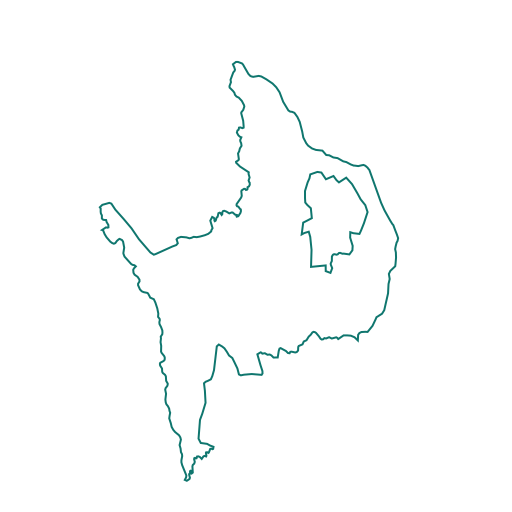 Kipushi, Katanga, Democratic Republic of the Congo (Equal Earth projection), rotated 161°
{"feature_id": "63176286B75279003671986", "entity_name": "Kipushi", "entity_type": "district", "adm_level": 2, "iso_a3": "COD", "parent_name": "Democratic Republic of the Congo", "parent_adm1": "Katanga", "projection": "equal_earth", "projection_center": [27.98, -11.623], "detail": "fine", "context": "isolated", "style": "outline", "palette": "teal", "viewbox_px": 512, "rotation_deg": 161, "n_neighbors": 0, "source": "geoboundaries", "source_scale": "gbopen_adm2", "svg_char_len": 6112}
<svg xmlns="http://www.w3.org/2000/svg" viewBox="0 0 512 512"><g transform="rotate(161 256 256)"><path d="M116.1,240.5L116.7,241.9L117.6,245.9L119.5,256.5L119.7,257.9L120.4,265.7L120.8,300.5L121.5,302.2L121.7,303.1L123.2,305.7L124.7,307.1L126.8,307.4L130.0,307.7L133.4,309.4L134.2,309.7L136.6,311.7L140.0,315.4L142.7,317.1L147.0,322.0L150.8,324.0L154.0,327.4L156.7,328.6L158.9,334.0L164.8,336.8L168.0,339.4L170.8,343.4L171.8,346.3L172.7,352.6L171.8,358.6L171.0,368.6L171.6,374.0L172.7,377.7L173.1,378.9L175.0,380.6L176.7,381.4L178.0,383.1L180.1,392.9L180.4,403.1L181.9,408.9L184.2,413.7L188.7,419.7L192.5,424.0L194.8,425.4L200.3,426.3L201.6,427.1L202.7,428.0L203.9,430.6L205.4,438.3L205.9,441.1L206.5,442.6L209.9,445.4L211.8,446.0L215.4,444.8L215.3,442.9L215.1,441.8L215.2,439.0L216.1,437.9L217.7,437.0L222.7,430.9L223.1,428.5L225.8,425.2L226.1,423.8L224.0,419.5L223.3,417.4L223.4,415.3L222.5,413.1L220.7,411.3L218.9,407.2L218.2,402.5L218.4,401.1L220.5,398.3L223.1,396.6L223.5,395.8L224.1,388.0L225.4,382.9L225.9,381.4L227.2,381.3L229.0,382.7L230.3,382.9L231.3,381.1L232.7,380.7L233.9,378.9L233.4,375.9L232.4,374.0L231.2,373.0L233.2,370.8L233.5,369.3L233.3,367.5L233.8,364.9L236.2,363.0L237.8,360.5L239.6,358.8L240.7,353.1L241.4,352.3L244.2,351.6L244.4,350.6L242.0,345.8L235.6,337.5L236.3,336.1L236.5,332.3L238.4,329.8L238.4,328.3L238.1,327.4L238.7,325.4L240.0,324.1L241.6,323.8L242.2,322.1L242.9,321.6L244.0,321.7L244.5,323.0L245.4,323.4L248.2,322.7L248.8,322.0L249.9,317.5L251.0,316.1L257.4,311.4L257.9,310.3L257.7,309.2L256.6,308.4L255.8,305.8L255.2,305.0L255.6,303.4L256.7,301.8L259.8,299.4L261.4,299.5L261.4,300.5L260.9,301.1L262.2,301.8L263.9,304.7L264.8,305.1L267.4,305.0L269.5,307.6L271.3,309.1L272.5,309.2L273.7,308.2L274.2,306.6L275.1,306.0L275.7,308.3L276.2,308.8L277.6,308.7L279.5,305.6L280.7,305.2L282.6,302.6L283.6,302.3L283.8,303.0L283.3,304.4L283.4,305.8L284.7,307.2L287.7,304.3L288.0,296.5L289.9,294.8L290.4,293.8L293.9,292.5L297.5,292.3L302.5,292.6L305.9,293.1L308.7,294.4L311.1,294.2L313.1,294.4L315.8,296.3L320.7,298.5L323.9,298.5L325.7,297.6L325.8,293.5L327.8,292.3L332.0,292.2L350.2,290.5L352.2,290.5L354.7,293.7L361.2,309.9L364.7,322.7L369.1,334.1L373.9,345.6L375.7,352.6L377.4,354.0L381.3,354.2L384.6,354.4L387.8,352.9L387.4,351.5L388.5,348.3L388.8,346.7L388.5,344.6L389.5,341.7L389.0,340.4L388.0,339.6L386.0,338.8L386.2,336.8L385.5,333.4L386.2,331.1L387.1,331.1L388.6,331.9L393.1,330.7L392.2,330.0L392.0,325.9L391.2,322.3L389.1,317.0L387.8,315.1L386.4,313.9L384.8,314.0L382.7,315.5L380.3,316.5L379.4,316.6L377.5,314.7L377.0,312.9L377.9,306.8L380.5,301.9L380.6,300.9L380.5,298.2L376.7,289.2L375.7,287.9L373.9,286.8L373.0,285.3L375.5,284.0L376.6,282.9L377.3,280.0L376.9,277.9L374.7,274.8L373.9,271.6L374.4,269.9L376.5,268.2L377.0,266.8L376.6,262.2L375.6,260.0L375.3,259.6L374.0,258.4L370.8,256.5L370.3,255.8L369.8,252.9L369.6,251.1L366.7,248.4L366.3,244.7L366.4,238.5L366.6,237.1L367.1,233.4L368.4,230.3L367.6,228.0L367.8,226.7L368.9,225.0L369.4,223.1L368.9,219.7L368.8,216.1L369.4,214.0L370.1,212.5L372.3,210.8L372.7,209.0L374.3,205.6L374.9,201.9L376.9,196.5L376.8,195.2L375.4,191.3L375.3,189.9L375.8,188.4L376.3,187.5L377.6,186.8L381.3,186.2L382.0,185.3L382.3,183.6L381.5,180.2L382.4,177.0L382.2,175.7L380.7,173.3L380.4,171.6L381.6,167.2L381.0,164.1L381.4,163.1L382.2,162.0L384.5,160.5L385.4,159.1L385.9,155.0L388.4,149.8L389.0,147.0L389.0,144.9L388.2,142.8L387.8,140.0L388.2,137.8L388.2,135.7L389.7,133.1L390.9,130.7L391.0,125.6L391.4,121.8L390.8,118.5L389.8,115.9L387.1,111.5L386.6,109.1L386.8,106.8L389.8,102.1L390.0,98.5L390.8,95.0L390.5,92.7L390.6,92.3L390.9,90.9L393.0,87.2L393.7,85.2L393.9,82.3L393.3,71.2L394.1,69.5L396.2,67.5L394.6,66.0L394.1,66.1L391.5,66.8L390.7,67.8L390.4,71.1L390.0,71.7L388.9,71.6L388.8,73.2L388.3,74.1L387.7,74.3L387.0,73.9L386.8,73.3L387.1,71.5L386.3,71.8L384.6,77.8L383.8,79.0L382.0,79.8L380.9,81.3L380.7,83.9L380.2,84.9L379.4,85.0L378.8,84.2L378.1,84.1L377.0,85.6L375.7,85.3L374.5,84.2L373.4,81.8L371.0,83.6L369.9,83.8L368.4,82.7L367.9,83.3L367.5,86.1L367.1,86.6L365.9,86.3L365.3,85.3L364.6,85.5L362.1,88.5L361.0,88.4L360.1,87.5L359.3,87.6L358.3,89.4L361.2,91.8L363.4,94.3L369.1,97.2L369.8,102.0L362.3,119.3L358.2,124.3L351.5,133.6L348.2,145.2L346.6,152.6L344.5,153.5L342.3,153.6L338.8,154.1L336.4,156.7L332.9,161.7L322.5,183.3L320.0,184.4L317.5,181.5L315.9,179.0L314.7,174.7L313.9,170.7L311.6,167.3L311.0,162.6L310.2,155.7L310.7,149.6L309.2,148.1L306.1,147.7L298.5,145.8L289.4,141.8L288.1,142.8L287.4,145.1L287.3,151.4L286.7,162.6L283.0,163.4L282.4,162.9L281.8,161.6L279.3,161.2L277.3,158.9L275.1,158.4L273.8,157.0L272.5,154.3L268.5,153.0L265.3,159.0L263.9,160.8L262.7,160.9L258.6,156.4L257.4,153.9L255.9,153.1L254.8,154.2L253.6,154.0L250.3,152.0L248.8,151.9L247.0,152.9L245.7,156.2L244.9,157.0L240.8,157.3L238.7,159.6L235.7,159.9L232.4,162.6L229.9,163.7L227.7,165.3L226.4,165.6L225.2,164.9L224.3,163.8L222.7,159.7L221.9,156.7L221.0,155.6L219.5,155.4L218.1,156.1L216.6,155.2L213.3,155.4L211.2,153.3L206.6,153.0L205.8,152.1L205.3,150.7L199.1,152.4L195.3,151.1L192.3,149.8L189.3,147.1L187.2,143.0L185.1,148.2L183.3,149.5L181.1,149.8L177.5,148.8L175.2,147.9L168.6,152.0L163.7,157.0L162.0,158.9L155.6,160.4L152.4,163.0L143.3,177.7L139.8,186.4L137.1,190.7L136.2,195.8L133.8,198.2L127.7,201.0L126.7,203.0L124.1,208.9L122.6,213.8L122.2,217.2L120.9,219.5L118.7,222.9L117.3,224.1L115.8,226.6L115.8,230.5L116.0,235.4L116.1,240.5ZM185.9,226.6L187.8,224.6L188.1,223.4L187.9,219.7L191.1,215.8L195.0,219.0L193.2,224.4L207.5,227.8L201.5,243.7L198.5,256.4L198.2,261.8L202.8,262.0L205.8,261.5L200.5,272.2L196.1,272.8L190.9,273.6L188.6,283.3L190.9,287.6L192.0,290.5L190.8,294.8L188.5,301.5L183.2,308.8L180.2,312.0L178.1,315.5L170.6,315.5L167.0,313.6L164.9,305.8L156.7,306.4L155.2,301.5L153.6,298.6L145.2,300.7L141.8,292.7L139.7,282.2L138.6,275.5L136.1,268.5L136.2,261.2L143.3,251.8L148.4,245.9L151.0,243.2L156.6,245.9L159.1,247.8L161.0,242.7L161.3,234.1L163.0,230.0L167.2,227.1L172.3,229.7L173.5,230.0L175.5,231.6L176.6,231.8L178.2,231.0L179.4,231.0L181.1,232.1L182.2,232.3L183.0,232.0L184.4,230.8L185.9,226.6Z" fill="none" stroke="#0f766e" stroke-width="2"/></g></svg>